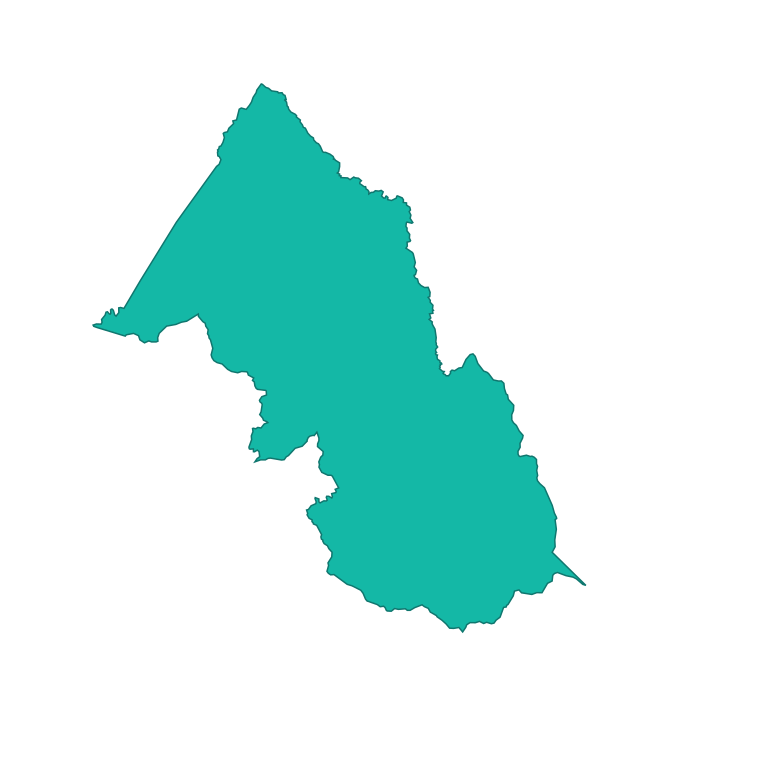 the district of Tiquiso, Bolívar, Colombia, rotated 302°
{"feature_id": "7082276B69446027092984", "entity_name": "Tiquiso", "entity_type": "district", "adm_level": 2, "iso_a3": "COL", "parent_name": "Colombia", "parent_adm1": "Bolívar", "projection": "natural_earth1", "projection_center": [-74.278, 8.471], "detail": "fine", "context": "isolated", "style": "filled", "palette": "teal", "viewbox_px": 768, "rotation_deg": 302, "n_neighbors": 0, "source": "geoboundaries", "source_scale": "gbopen_adm2", "svg_char_len": 6171}
<svg xmlns="http://www.w3.org/2000/svg" viewBox="0 0 768 768"><g transform="rotate(302 384 384)"><path d="M195.9,442.6L194.6,458.9L195.9,463.8L196.8,473.6L195.4,477.2L191.8,482.3L191.0,484.6L193.4,495.2L193.1,498.8L195.3,501.4L195.0,503.4L193.3,505.9L193.2,507.0L195.2,510.6L199.2,512.0L200.5,515.6L204.7,521.3L204.4,523.7L205.9,526.1L210.7,528.6L216.9,533.3L216.6,536.2L217.2,540.4L215.1,544.2L215.4,551.2L214.7,552.4L214.4,558.3L213.4,563.9L211.7,569.0L213.6,572.5L217.2,576.6L215.4,582.1L221.0,582.3L223.6,581.7L227.2,583.4L230.0,588.0L233.3,590.8L233.7,595.4L236.3,597.3L237.6,602.1L239.5,604.0L243.1,604.2L247.8,606.0L257.9,603.8L259.7,605.8L261.3,605.3L262.7,606.0L272.8,605.9L277.5,604.4L280.9,607.6L279.8,611.3L283.9,620.9L288.0,624.1L290.7,628.6L301.6,628.3L306.0,631.0L311.2,628.5L313.7,629.0L316.1,631.0L317.9,639.9L320.4,646.7L320.7,650.5L319.4,658.8L320.2,661.9L330.4,615.8L336.6,615.4L342.2,611.5L352.2,607.1L359.6,601.0L361.4,601.7L362.4,600.8L364.8,596.9L370.2,591.0L381.0,575.1L382.1,568.8L383.3,565.4L385.4,563.3L387.8,562.8L391.6,559.3L395.6,557.8L397.1,555.7L400.8,553.3L401.5,550.3L401.2,547.7L400.1,546.5L399.1,542.5L394.6,537.9L394.5,536.7L395.4,535.0L397.9,533.3L402.5,533.0L405.7,530.8L411.5,530.2L414.1,529.2L415.8,523.6L419.0,518.2L419.7,514.4L421.2,511.5L425.6,508.6L430.2,507.8L434.7,505.3L436.9,497.5L440.2,494.6L440.3,492.8L444.0,488.5L448.1,485.3L448.8,482.0L447.1,479.3L445.4,474.6L448.3,467.1L448.5,465.1L447.8,461.6L451.1,452.7L455.8,446.7L456.7,443.5L454.6,441.5L448.3,440.5L439.4,441.6L437.2,439.0L432.7,436.9L431.8,434.3L429.7,433.7L428.5,434.7L425.2,434.4L423.9,432.3L424.4,430.8L424.1,429.3L424.3,428.5L426.5,428.5L425.8,426.9L426.4,422.9L427.7,422.9L428.6,421.7L429.5,422.1L430.2,421.4L431.6,422.4L432.2,421.5L431.7,420.3L433.3,419.1L433.3,416.3L435.1,414.5L436.9,414.0L436.4,412.7L436.8,411.9L437.4,411.4L438.6,411.9L439.2,410.4L440.9,409.4L443.8,409.9L444.9,407.5L446.3,406.8L447.0,405.7L451.0,403.7L457.6,398.1L459.9,393.9L461.0,392.5L462.2,392.1L462.7,388.0L464.8,388.7L467.6,385.4L469.9,388.0L471.8,386.3L472.6,386.9L473.3,385.4L476.7,383.8L477.8,379.8L479.5,378.9L480.9,375.5L482.4,376.5L486.2,374.5L489.4,370.2L487.3,367.3L487.1,363.2L488.0,359.7L490.8,356.7L490.4,354.6L491.2,352.8L492.1,351.9L493.4,352.7L497.7,351.4L499.3,347.5L503.6,346.2L509.8,339.9L510.6,338.4L510.8,330.7L513.3,330.7L516.5,328.4L518.7,330.5L519.7,330.5L521.2,328.2L524.5,326.5L526.1,322.3L528.5,320.9L529.2,319.1L532.4,317.6L533.5,317.7L535.1,322.4L536.2,322.9L538.3,318.4L541.5,317.3L543.5,314.0L545.6,314.2L547.6,312.2L547.6,308.4L549.5,307.1L548.2,304.1L550.5,302.9L551.5,300.8L550.7,295.8L550.1,295.3L548.1,295.9L543.6,293.1L542.3,289.4L544.3,288.5L544.7,286.5L544.1,286.0L542.5,286.5L541.5,285.2L542.1,282.3L546.5,281.5L546.7,279.0L544.9,277.5L543.3,274.2L540.9,273.4L539.7,271.6L537.1,270.4L539.2,269.2L540.0,267.1L539.8,265.6L541.6,263.8L540.8,262.7L541.1,257.3L542.3,256.6L544.4,257.1L545.0,253.3L543.6,250.3L543.5,248.7L539.3,246.9L539.5,244.0L536.2,238.0L537.7,237.3L537.0,235.7L538.5,235.2L538.2,232.6L540.0,233.0L544.8,231.2L548.0,229.2L548.0,224.2L548.6,222.8L547.9,222.0L549.4,221.3L550.0,220.2L550.3,216.5L549.5,211.7L548.4,209.9L548.6,208.7L551.9,203.9L553.0,201.1L552.7,198.8L553.7,195.2L555.3,193.7L555.3,190.2L556.4,186.4L559.3,181.7L558.9,179.6L560.5,177.5L561.9,173.8L563.5,173.2L564.0,168.2L565.2,167.7L565.7,165.8L565.3,161.0L566.5,157.6L568.2,155.9L568.4,154.6L571.4,152.0L572.2,149.3L573.1,149.4L572.8,150.3L573.3,150.4L576.3,147.1L576.0,145.4L577.0,143.2L574.9,140.2L575.5,139.0L573.0,133.3L573.6,129.4L572.9,126.5L573.7,122.1L573.4,120.9L565.8,120.4L563.3,121.2L557.8,121.1L552.9,122.2L549.2,122.2L543.9,121.6L542.4,116.7L540.3,115.6L529.8,119.0L527.0,116.4L525.1,118.5L518.7,116.9L514.9,117.6L512.6,115.3L511.3,114.9L508.3,118.1L503.5,119.4L499.4,119.6L498.1,118.5L495.7,119.3L494.3,118.8L493.4,120.0L492.4,119.9L489.4,122.2L489.6,123.7L487.9,126.8L482.9,127.8L479.8,126.7L411.2,122.2L342.1,122.6L310.3,123.4L309.3,120.1L308.0,118.7L304.0,121.3L299.6,120.8L299.9,119.0L303.1,115.4L303.5,113.7L303.0,113.1L301.9,112.9L299.2,114.8L298.2,114.8L297.8,114.1L298.7,111.2L297.6,110.2L294.5,111.0L289.1,110.3L286.9,112.2L284.9,112.4L282.5,108.3L279.8,106.1L279.1,107.3L279.8,110.6L287.5,139.2L289.2,139.4L294.2,144.8L294.9,150.2L292.1,153.6L292.0,159.1L295.9,161.7L296.5,164.5L299.0,168.5L300.5,169.6L303.4,167.5L307.9,166.5L317.9,169.0L324.2,175.9L329.1,179.5L332.7,183.4L344.9,189.4L343.0,190.8L340.9,197.3L340.8,200.2L338.6,202.2L336.9,206.1L333.1,207.7L332.1,209.8L330.3,211.3L329.6,213.3L323.5,219.9L317.1,222.0L315.1,224.3L313.7,227.3L313.7,231.1L315.2,236.1L313.6,243.6L313.8,248.0L316.0,254.0L319.2,256.6L321.6,261.1L321.5,262.1L319.7,264.2L320.1,270.3L317.3,270.6L317.1,272.8L314.0,275.5L312.6,277.8L312.4,279.5L315.9,287.1L315.7,287.8L312.4,290.2L308.5,287.1L304.2,287.0L303.1,288.4L302.9,290.4L302.0,291.6L295.3,294.5L292.2,294.8L290.8,299.2L289.4,301.0L290.0,304.8L289.7,306.0L286.6,303.6L281.5,303.0L280.3,300.0L278.1,299.0L277.2,296.5L276.6,296.1L274.2,298.1L269.6,299.0L266.7,301.2L258.9,302.9L257.7,304.0L257.7,304.9L259.7,307.6L257.4,309.2L257.9,310.1L260.8,311.6L260.5,313.8L256.5,317.1L253.4,315.9L249.6,315.8L254.3,319.6L256.8,323.6L259.4,325.0L260.9,326.8L265.3,337.5L267.0,339.5L270.5,339.7L272.7,340.9L282.4,342.7L287.9,347.6L294.9,349.1L295.6,348.5L298.6,348.1L300.7,348.9L303.0,351.2L303.2,352.1L307.6,352.6L303.7,357.4L301.5,358.8L298.1,359.4L295.7,360.8L294.5,368.2L291.3,369.8L288.4,369.1L283.4,370.0L281.4,372.0L279.0,372.9L276.1,378.1L276.9,384.8L278.6,387.5L278.5,389.0L271.9,400.6L268.8,398.4L267.5,400.4L266.4,400.7L263.3,397.7L261.0,400.0L259.7,400.1L259.5,396.6L258.4,394.9L257.3,395.1L255.4,397.4L254.3,397.1L252.9,394.8L249.3,392.8L249.6,391.2L252.0,389.7L251.2,385.9L250.3,386.2L248.2,388.9L246.4,389.6L242.1,386.7L237.6,386.4L236.1,385.1L233.8,387.9L232.3,388.1L230.4,391.7L230.7,395.0L229.1,395.9L228.8,397.4L227.9,398.3L228.5,401.8L223.2,410.9L220.9,411.5L219.3,413.1L219.2,414.9L218.2,415.5L216.9,417.8L216.9,421.7L215.1,424.5L213.8,429.1L209.7,431.3L202.6,431.3L200.7,433.2L194.9,434.9L194.0,437.1L193.9,439.9L195.9,442.6Z" fill="#14b8a6" stroke="#0f766e" stroke-width="1.5"/></g></svg>